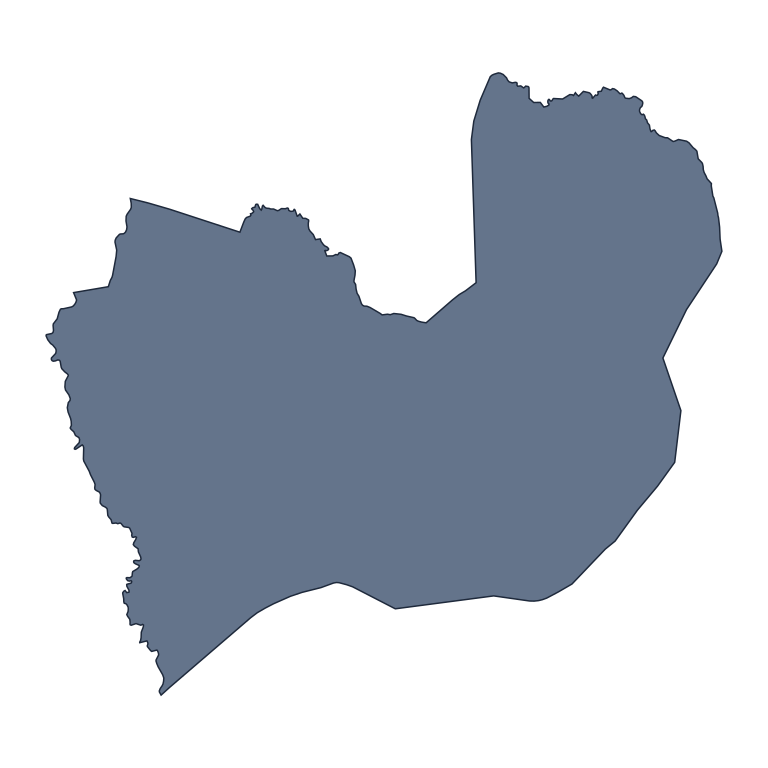 the district of Belen, Lempira, Honduras
{"feature_id": "27666195B74461525568246", "entity_name": "Belen", "entity_type": "district", "adm_level": 2, "iso_a3": "HND", "parent_name": "Honduras", "parent_adm1": "Lempira", "projection": "equal_earth", "projection_center": [-88.46, 14.523], "detail": "fine", "context": "isolated", "style": "filled", "palette": "slate", "viewbox_px": 768, "rotation_deg": 0, "n_neighbors": 0, "source": "geoboundaries", "source_scale": "gbopen_adm2", "svg_char_len": 5976}
<svg xmlns="http://www.w3.org/2000/svg" viewBox="0 0 768 768"><path d="M572.0,584.0L605.3,549.1L615.1,541.1L637.4,510.2L657.5,486.2L674.7,462.3L680.9,410.6L662.9,358.0L686.5,309.6L716.7,263.9L721.9,251.3L720.1,239.1L719.6,227.1L718.5,217.7L717.9,215.3L717.7,213.1L713.8,197.8L712.9,196.2L711.3,186.0L711.4,183.5L707.1,178.8L706.0,176.0L704.1,172.4L703.3,169.6L703.1,166.4L702.5,163.7L701.9,162.6L698.2,158.8L696.9,151.2L695.4,149.5L693.0,147.6L689.1,142.9L686.6,141.2L678.5,139.5L674.9,141.1L673.1,141.5L667.6,137.8L665.1,137.7L659.2,135.5L656.4,132.9L655.0,130.6L654.3,130.0L652.9,130.3L651.5,131.6L651.0,131.6L650.0,128.9L649.4,125.1L647.5,122.8L646.7,120.0L645.4,118.7L645.0,116.8L644.4,115.2L643.4,114.2L642.1,114.7L641.4,114.4L640.4,113.2L639.6,111.5L639.5,110.1L639.9,108.6L640.5,107.5L641.8,106.5L642.4,105.0L642.8,103.0L642.5,101.7L641.8,100.8L635.7,96.7L633.3,96.4L631.5,97.8L629.2,98.6L625.6,98.2L624.9,97.7L623.9,95.3L622.3,93.3L621.7,93.1L620.5,93.7L619.8,93.6L617.1,90.8L614.4,89.0L612.6,88.6L610.9,89.8L610.0,89.9L603.5,87.2L602.8,88.0L601.3,91.2L598.0,91.7L597.9,92.2L598.2,93.7L597.5,95.1L596.8,95.4L595.5,95.0L592.7,98.2L592.1,97.9L592.1,96.3L591.6,95.2L590.1,93.3L589.0,92.7L583.4,91.4L578.7,96.1L576.8,94.5L575.4,92.7L573.5,95.5L572.1,94.7L569.8,94.6L562.6,99.0L553.6,98.5L552.9,99.0L552.0,100.6L551.0,101.1L550.2,100.8L549.4,99.5L548.7,99.4L548.0,100.3L547.8,101.9L548.0,103.0L549.0,104.1L548.8,105.1L546.8,106.3L543.8,107.0L540.3,102.4L533.7,102.5L529.1,98.3L529.0,87.9L528.7,87.0L528.1,86.5L525.7,86.1L524.2,87.6L523.6,87.9L520.8,85.9L517.7,86.2L517.0,85.3L517.1,83.5L516.7,82.6L515.3,82.3L512.3,82.9L509.2,81.9L507.7,80.3L506.5,77.8L503.2,74.5L500.4,73.2L498.3,72.9L494.1,74.2L492.1,75.1L490.3,76.6L480.2,100.2L473.8,121.1L471.4,139.5L476.1,282.7L465.5,290.8L459.3,294.5L452.7,299.7L426.1,322.8L421.6,322.1L418.4,321.2L416.7,320.4L415.0,318.5L414.0,317.7L406.5,316.0L401.1,314.3L393.8,313.5L390.3,314.7L387.5,314.2L382.1,314.9L380.3,313.5L370.1,307.5L366.9,306.2L364.2,306.1L362.5,305.2L361.4,303.6L358.9,296.2L357.1,293.3L356.1,289.1L355.6,284.4L354.0,281.9L354.0,280.4L355.0,275.1L355.3,270.8L353.6,264.9L351.0,258.1L349.3,256.7L340.3,252.5L338.8,253.1L338.1,254.5L337.5,254.9L335.8,254.5L332.9,255.9L326.8,256.0L324.8,250.7L325.2,250.4L326.5,250.7L327.7,250.2L328.5,249.5L328.5,248.5L327.0,247.0L324.6,245.8L323.3,244.5L321.2,241.6L320.2,238.9L315.5,239.6L313.3,234.6L310.0,231.0L308.8,228.9L308.3,225.9L308.3,223.0L308.7,220.9L308.5,219.9L305.7,218.4L302.8,218.3L299.9,214.0L297.6,216.2L297.2,216.2L295.1,210.2L294.5,209.4L294.0,209.5L293.6,210.6L292.9,211.2L290.7,211.4L288.8,210.4L288.3,208.4L287.3,208.0L285.4,208.7L281.4,208.6L278.7,210.4L277.3,210.7L273.6,209.0L270.6,209.0L269.2,208.4L266.5,208.2L265.1,207.5L263.1,205.3L262.4,206.1L261.8,209.1L261.2,210.1L259.7,208.6L257.7,204.3L256.2,204.2L255.6,204.8L254.9,207.2L253.0,207.6L251.7,208.6L252.0,209.3L253.2,210.4L253.7,211.7L253.6,211.9L252.2,213.2L250.5,213.8L250.9,215.0L250.3,216.1L246.5,217.5L245.2,218.9L243.7,222.2L239.9,232.2L169.9,209.3L148.6,203.1L130.3,198.5L131.2,203.2L131.3,207.3L130.6,209.3L127.2,214.1L126.2,216.2L126.0,221.0L127.0,226.9L126.6,229.7L125.5,232.1L124.3,233.3L123.3,233.8L120.3,234.0L119.4,234.4L116.2,237.9L115.2,240.2L115.0,242.1L116.7,250.1L116.1,256.5L112.6,275.2L112.0,277.3L110.3,280.5L108.3,286.7L73.6,292.6L76.6,300.0L75.9,302.3L75.0,303.9L73.4,305.9L71.7,306.9L63.6,308.7L61.2,308.8L60.4,309.3L59.0,312.2L57.2,318.8L53.3,323.9L53.1,325.6L53.5,330.5L53.0,332.5L51.8,333.5L46.6,334.6L46.1,335.1L46.2,336.2L47.8,339.8L50.6,343.5L52.7,345.0L55.5,348.4L56.1,349.8L56.1,351.5L55.7,353.4L51.5,357.9L51.3,359.0L51.6,360.0L52.3,360.8L53.3,361.2L55.4,360.9L57.9,359.9L59.5,360.3L60.2,361.4L61.2,367.2L61.8,368.7L64.7,371.8L67.4,373.9L68.3,375.1L68.2,375.8L65.3,381.3L64.9,387.0L65.5,390.0L68.9,394.9L70.3,398.6L70.0,400.5L68.3,402.6L67.3,407.7L68.1,412.1L70.6,418.5L71.2,421.3L71.4,425.3L70.2,428.0L71.1,429.4L73.8,431.8L75.5,435.5L78.9,437.6L79.6,439.5L79.3,442.5L74.7,447.5L74.4,448.3L74.4,448.9L75.1,449.3L76.1,449.0L82.2,444.9L83.1,445.7L83.7,447.7L83.4,459.0L83.8,461.1L89.2,471.2L90.5,474.7L94.3,482.2L95.1,484.6L94.7,487.9L95.0,489.4L96.3,490.5L99.4,492.1L100.2,493.5L100.6,494.9L100.1,502.0L100.3,503.2L102.3,505.6L105.5,507.2L107.0,508.5L107.3,509.7L107.8,515.3L108.6,516.8L111.1,519.7L112.0,523.1L112.7,523.4L116.0,523.0L117.8,523.7L120.0,523.0L121.1,523.5L123.1,526.1L124.1,526.8L128.8,527.5L129.7,528.2L132.0,533.4L131.7,535.3L132.2,537.0L133.3,537.4L135.4,536.7L136.5,537.3L135.7,539.5L133.8,542.7L133.3,544.6L134.5,546.2L138.1,548.8L138.4,551.9L140.7,557.0L141.0,559.0L140.4,560.1L139.1,560.7L135.3,560.3L133.9,560.8L133.6,561.8L133.9,562.7L135.4,563.8L139.0,565.4L139.3,565.9L139.1,566.8L138.3,567.9L136.7,569.2L132.8,571.5L132.4,572.7L132.1,575.9L131.6,576.6L129.9,577.7L126.8,577.6L126.2,578.1L126.4,579.0L127.7,580.7L129.4,581.1L131.1,580.7L131.6,581.2L131.7,581.9L131.0,583.2L127.0,584.2L126.7,584.6L126.9,586.4L128.9,590.1L129.1,591.3L128.9,592.2L126.7,592.6L125.1,590.5L123.8,591.2L122.8,592.6L122.7,593.4L123.7,598.7L123.8,601.9L124.3,603.3L125.7,603.6L126.8,604.6L128.1,607.0L128.3,608.7L128.1,611.4L126.8,614.6L127.7,616.4L129.8,619.3L130.1,622.2L130.0,624.2L130.3,624.9L131.3,625.2L136.0,623.6L140.8,625.2L142.7,624.4L143.5,625.0L143.3,626.9L141.3,632.2L141.1,637.7L140.6,640.4L139.7,642.2L139.8,642.7L146.9,640.9L147.4,641.8L147.9,643.2L147.8,644.3L147.3,645.6L147.4,646.6L150.6,650.6L151.7,651.4L156.8,650.1L157.3,650.4L158.0,651.8L158.5,653.5L158.6,655.0L156.1,659.9L156.0,661.0L156.8,663.6L158.2,666.9L162.7,674.8L163.8,678.0L163.6,681.1L163.0,684.0L162.1,685.8L160.2,688.6L159.3,690.9L159.4,692.0L161.1,695.1L169.6,687.4L250.7,617.7L257.3,612.7L265.2,608.1L273.7,603.7L290.4,596.3L302.0,592.4L321.0,587.6L333.6,583.0L336.5,582.5L339.1,582.7L346.6,584.7L352.6,586.8L395.3,608.8L493.7,595.9L529.6,601.0L534.1,601.1L538.6,600.6L542.3,599.7L546.7,598.1L558.4,591.9L572.0,584.0Z" fill="#64748b" stroke="#1e293b" stroke-width="1.5"/></svg>